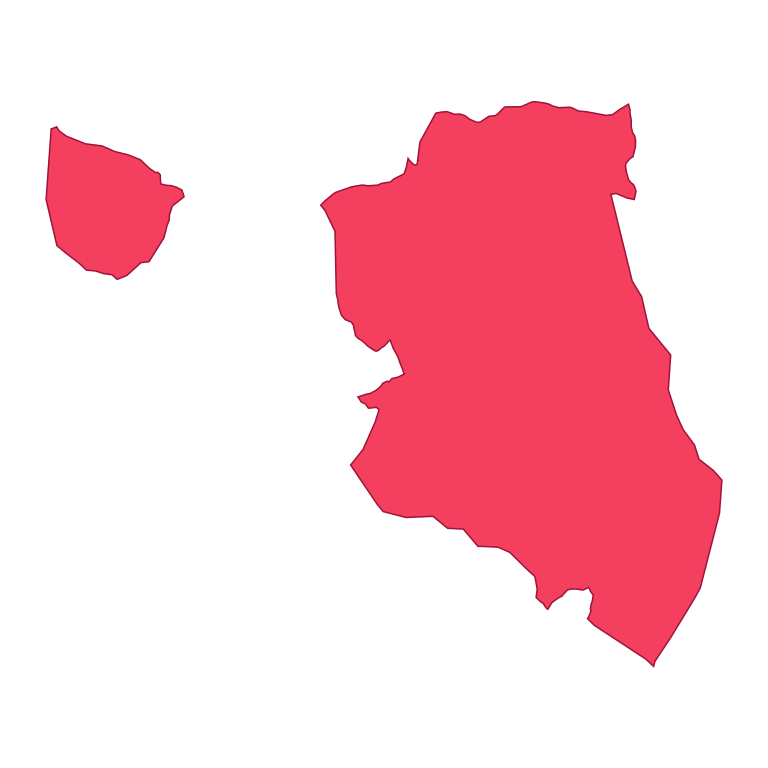 Ideato South, Imo, Nigeria (Robinson projection)
{"feature_id": "59680162B23369049466603", "entity_name": "Ideato South", "entity_type": "district", "adm_level": 2, "iso_a3": "NGA", "parent_name": "Nigeria", "parent_adm1": "Imo", "projection": "robinson", "projection_center": [7.136, 5.792], "detail": "fine", "context": "isolated", "style": "filled", "palette": "rose", "viewbox_px": 768, "rotation_deg": 0, "n_neighbors": 0, "source": "geoboundaries", "source_scale": "gbopen_adm2", "svg_char_len": 2964}
<svg xmlns="http://www.w3.org/2000/svg" viewBox="0 0 768 768"><path d="M540.7,601.8L543.3,603.5L544.5,605.5L546.3,608.2L547.8,609.3L549.9,605.9L551.8,602.7L556.0,599.6L558.6,597.8L562.0,596.1L564.8,592.8L567.6,589.9L571.0,589.1L576.0,589.0L581.0,589.8L583.2,590.0L585.6,588.9L588.4,587.6L589.5,588.6L590.0,590.4L591.8,593.3L593.2,594.7L592.4,600.7L591.0,604.8L590.4,609.5L591.0,611.5L590.1,613.2L588.7,616.8L587.5,618.6L594.5,625.5L646.1,659.3L653.6,666.4L654.9,661.4L670.5,637.9L694.2,599.0L700.2,588.2L719.5,513.2L721.9,480.1L713.4,470.5L699.1,459.3L694.5,445.0L683.1,429.5L676.6,415.2L668.3,389.9L670.7,355.0L648.9,328.4L641.6,296.6L632.2,281.1L610.9,194.3L616.3,193.5L627.2,198.1L634.3,199.5L636.0,191.1L634.5,186.5L633.5,184.7L630.5,182.2L628.7,179.9L626.5,172.4L625.8,168.2L625.5,165.6L626.1,163.4L627.6,161.4L630.0,158.6L632.9,156.8L633.8,153.5L635.5,146.5L635.6,140.5L634.8,136.2L632.5,132.3L631.2,126.7L631.3,120.5L630.0,112.9L630.0,109.5L628.5,104.2L619.3,109.7L612.8,114.5L606.2,115.4L586.8,111.8L578.5,111.0L572.6,108.1L569.6,107.2L559.0,107.7L552.9,106.1L548.7,104.0L544.7,103.0L534.0,101.6L531.1,102.3L521.2,106.7L505.7,106.9L504.3,107.3L497.3,114.3L495.3,115.6L488.9,116.3L480.4,122.0L477.0,122.4L469.9,119.4L464.9,115.7L460.0,114.0L454.6,114.3L447.0,111.6L441.3,112.1L435.8,113.1L419.9,142.1L417.2,164.0L415.8,165.1L414.3,164.7L412.8,163.9L411.4,162.3L409.5,160.5L408.1,158.5L407.1,163.2L406.7,165.9L404.1,173.9L394.2,178.7L390.4,182.0L383.5,183.0L380.4,183.8L377.9,185.1L373.4,185.4L368.5,185.8L362.1,185.0L351.4,186.9L335.4,192.5L333.1,194.1L324.7,201.1L320.7,205.2L324.9,210.3L335.0,231.2L336.3,293.5L337.0,296.8L338.0,300.5L337.9,302.2L339.3,308.9L341.5,315.3L345.2,319.6L351.4,322.1L353.6,325.7L353.9,328.4L354.9,332.1L355.4,335.2L356.2,336.4L358.1,338.3L361.5,340.4L362.9,341.6L365.2,343.4L367.2,345.6L371.3,348.6L375.1,350.9L376.5,351.2L379.0,350.0L380.7,348.3L384.4,345.9L387.0,343.1L389.5,340.2L390.3,340.6L393.4,348.6L398.0,357.0L400.3,363.8L402.7,369.5L403.6,372.8L404.4,373.9L398.1,377.1L391.9,378.6L389.0,381.9L387.2,381.2L382.7,383.3L381.0,386.1L376.1,390.3L370.3,393.4L366.2,394.2L362.3,395.5L357.9,396.9L361.2,401.9L363.9,403.3L365.5,403.9L368.4,408.2L371.0,408.0L376.3,407.3L379.1,409.6L375.2,422.0L363.1,449.3L354.3,460.5L350.6,465.0L377.4,504.6L383.2,511.6L406.1,517.5L433.0,516.3L447.6,528.3L463.3,529.1L478.0,546.4L484.8,546.5L498.0,547.2L509.7,552.3L524.9,567.3L534.9,576.6L537.2,589.2L536.1,597.5L540.7,601.8ZM56.7,126.8L51.3,128.9L51.2,128.9L46.1,199.4L56.9,245.6L65.9,253.1L79.3,263.4L86.4,270.1L95.6,271.0L103.9,273.7L112.0,274.7L117.1,279.4L126.8,275.5L141.0,262.6L149.0,261.7L163.9,237.9L167.2,225.1L169.2,220.2L169.5,214.7L172.3,206.1L184.1,196.7L181.9,190.0L176.8,187.4L171.6,185.7L166.0,185.2L160.7,183.9L160.4,178.9L160.3,174.8L157.8,172.3L155.7,172.7L149.5,168.4L140.3,159.7L128.0,154.8L114.7,151.5L101.9,145.9L85.4,143.8L66.4,136.2L58.9,130.7L56.7,126.8Z" fill="#f43f5e" stroke="#9f1239" stroke-width="1.5"/></svg>